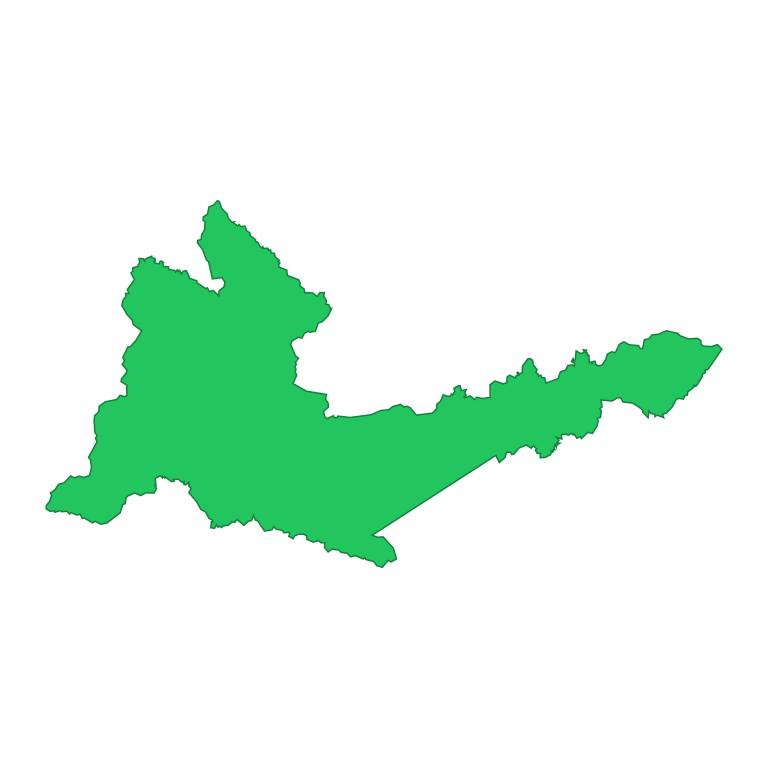 the district of Yolombó, Antioquia, Colombia
{"feature_id": "7082276B53118394931", "entity_name": "Yolombó", "entity_type": "district", "adm_level": 2, "iso_a3": "COL", "parent_name": "Colombia", "parent_adm1": "Antioquia", "projection": "natural_earth1", "projection_center": [-74.913, 6.668], "detail": "fine", "context": "isolated", "style": "filled", "palette": "green", "viewbox_px": 768, "rotation_deg": 0, "n_neighbors": 0, "source": "geoboundaries", "source_scale": "gbopen_adm2", "svg_char_len": 6094}
<svg xmlns="http://www.w3.org/2000/svg" viewBox="0 0 768 768"><path d="M396.5,559.0L393.3,548.1L383.1,536.9L377.5,537.2L372.1,535.3L495.9,455.3L499.3,462.5L504.9,457.6L506.5,452.4L510.7,452.3L511.8,454.6L514.1,454.0L518.8,448.1L526.3,445.1L531.2,448.2L533.5,445.9L536.8,449.0L535.3,450.0L537.2,453.3L540.4,453.6L540.2,457.8L545.6,457.4L550.7,454.4L551.1,452.1L552.8,452.1L553.5,450.9L552.1,450.3L555.0,449.7L553.8,448.0L555.2,444.7L556.4,447.4L556.9,444.9L559.8,443.2L556.8,442.9L559.0,440.2L556.6,437.4L561.8,439.0L561.3,434.9L565.9,433.9L568.4,435.4L570.6,433.3L573.2,434.9L573.8,433.7L576.9,438.3L580.5,436.5L581.3,438.6L587.9,432.4L592.5,433.4L596.8,426.5L598.2,421.3L597.4,418.3L600.5,417.4L601.4,410.8L599.6,409.0L602.1,407.0L601.1,400.0L612.2,401.0L617.5,397.7L620.7,397.7L623.0,402.0L632.3,403.0L637.1,405.8L642.9,410.2L642.7,412.1L648.1,417.7L649.0,411.1L650.9,413.5L654.9,414.3L655.0,416.6L657.2,415.2L663.7,417.6L662.5,414.3L666.5,413.1L672.5,406.6L676.1,399.5L678.8,398.3L683.4,399.1L684.6,395.9L687.3,395.0L687.9,391.8L693.8,387.2L694.0,385.3L695.6,386.3L697.4,384.6L702.2,376.7L702.5,373.9L705.2,372.8L705.2,369.9L707.8,369.7L721.9,349.2L717.5,344.6L711.4,346.6L703.3,346.1L701.1,344.5L701.0,340.7L697.5,338.3L688.4,338.9L679.9,335.7L677.7,333.3L666.3,330.8L658.8,334.2L651.8,335.0L649.1,338.6L644.4,339.7L642.7,348.6L640.0,348.4L638.6,345.6L629.2,344.8L623.9,341.8L619.3,344.3L615.4,352.6L611.6,351.8L607.3,354.2L605.8,359.4L601.8,365.4L597.8,365.8L595.7,364.2L595.2,361.3L592.9,361.5L592.1,363.6L591.1,362.0L589.3,362.6L588.9,355.3L587.4,355.5L587.6,353.4L586.0,352.3L586.7,350.2L583.3,349.9L584.4,352.2L581.1,353.6L576.1,350.9L575.3,359.5L573.9,361.1L573.1,358.6L571.4,361.5L574.6,363.3L574.2,366.1L572.6,364.9L567.8,365.5L565.8,370.0L560.4,371.8L558.0,378.7L546.0,383.1L544.7,377.8L541.7,377.6L540.8,375.1L538.4,376.3L538.2,374.2L535.9,372.5L537.0,369.4L533.3,364.9L532.6,360.3L530.1,358.5L527.7,359.0L522.4,366.2L522.3,372.7L519.2,373.7L517.7,372.2L517.0,373.4L518.5,375.2L516.0,375.9L515.3,377.8L509.5,375.2L507.0,377.2L506.9,382.6L503.5,383.9L495.0,381.0L490.0,384.7L490.2,397.5L482.0,398.5L476.6,397.2L474.6,399.6L470.4,396.0L464.8,397.7L464.0,396.7L466.2,395.3L464.7,392.9L466.2,389.6L461.2,390.6L460.3,385.9L458.6,385.7L453.9,388.3L454.9,391.2L452.9,394.7L451.3,394.0L450.4,396.0L448.2,396.4L443.2,394.8L440.5,401.3L436.9,404.1L436.6,408.6L432.4,413.1L416.4,415.1L410.6,408.1L407.3,406.3L403.8,406.9L400.5,404.4L392.5,406.6L388.8,409.8L381.3,410.4L370.9,414.8L350.1,417.5L337.8,416.1L336.9,417.8L334.1,417.4L333.4,415.7L327.0,418.8L324.7,416.4L323.4,411.4L328.4,407.2L328.3,403.5L325.5,399.0L326.4,394.5L306.5,391.2L293.0,383.6L296.6,375.5L295.2,371.4L296.0,369.2L294.9,367.0L296.3,364.4L295.4,362.5L298.5,358.1L295.5,356.0L290.7,344.5L291.7,341.2L298.2,337.3L301.9,338.1L304.4,333.4L308.4,331.2L310.0,332.3L315.4,331.2L318.2,323.1L322.4,321.6L328.2,315.7L331.6,308.2L330.4,308.3L328.6,304.6L325.8,304.3L326.5,300.8L323.7,296.0L324.4,292.6L319.8,292.6L317.3,296.5L312.5,292.9L304.8,292.7L304.1,289.0L299.7,285.6L300.2,283.0L298.6,279.8L287.3,275.4L286.8,270.1L279.2,267.1L278.6,265.0L279.9,262.9L278.1,261.6L279.3,260.5L275.4,257.1L274.2,253.2L271.1,252.9L270.6,249.9L268.6,250.4L267.8,248.2L263.3,248.5L262.9,246.8L262.1,247.9L260.0,246.4L257.9,242.4L255.3,241.3L255.6,239.7L250.5,235.9L249.8,232.7L246.7,231.0L245.0,226.1L240.9,226.6L239.0,224.5L237.8,225.9L233.5,223.0L234.3,221.9L231.8,222.3L228.0,217.7L227.3,214.1L221.7,208.5L219.3,201.5L217.3,200.7L213.7,205.0L208.9,207.0L207.5,214.2L203.2,216.9L203.1,220.4L205.1,221.9L204.5,230.1L201.7,234.6L201.1,239.5L197.8,240.4L197.4,242.7L202.8,249.9L206.3,259.8L208.6,261.8L212.4,278.9L222.0,277.6L225.0,282.4L224.0,286.8L219.0,291.0L218.7,295.7L213.1,290.4L209.6,291.7L207.2,287.8L205.9,288.7L197.3,283.0L196.7,280.8L189.9,278.5L186.4,270.6L183.1,271.2L181.2,274.0L180.1,271.1L178.4,271.6L178.8,270.1L177.0,270.0L175.5,272.1L174.6,270.5L168.8,269.4L168.4,266.8L163.5,266.5L162.6,263.2L163.5,262.7L162.0,261.3L160.2,261.1L159.0,263.9L154.9,263.0L153.9,261.6L155.3,261.0L154.9,258.4L151.9,257.8L151.7,256.2L145.3,258.9L144.6,261.1L143.1,258.7L139.0,258.5L139.6,262.5L137.5,266.5L132.8,267.8L132.9,270.8L131.0,273.0L134.5,279.7L127.3,289.5L129.0,293.5L125.6,293.4L125.8,297.0L123.4,299.2L121.8,305.4L127.1,314.6L132.2,320.1L133.3,324.7L141.7,330.8L135.8,340.7L129.8,347.2L127.9,346.9L122.8,357.5L124.4,361.1L122.2,364.5L126.9,370.1L126.4,372.7L121.5,378.9L121.1,381.6L126.7,385.1L126.9,395.4L124.7,396.7L120.1,395.3L116.8,399.5L105.2,401.8L99.1,406.3L98.9,411.7L94.6,415.7L94.1,421.0L95.0,432.8L97.2,435.6L95.4,438.3L97.1,441.7L88.5,457.3L90.4,459.7L91.5,467.4L89.6,475.5L83.8,477.4L78.9,476.1L74.6,477.9L70.6,475.9L64.4,482.7L58.7,484.3L54.5,490.3L50.4,492.9L51.6,495.4L49.6,501.4L46.4,505.3L46.1,508.7L49.9,511.3L54.7,510.8L54.9,512.3L60.2,510.5L61.5,511.7L67.0,511.3L69.4,514.0L71.4,512.7L76.8,515.0L80.1,514.3L82.3,518.4L84.3,518.0L92.6,522.9L95.0,521.3L100.9,524.2L107.0,522.9L120.1,512.9L122.9,504.4L125.2,503.7L126.1,497.4L128.2,495.8L134.8,493.0L140.6,495.6L145.7,492.9L154.1,493.0L156.5,488.6L154.9,485.6L156.0,485.8L155.2,478.4L160.2,475.8L162.2,477.9L162.5,476.5L164.8,478.0L165.1,476.8L171.3,481.6L174.2,481.1L173.4,479.5L178.4,479.2L182.0,482.3L184.1,481.5L183.7,484.1L185.5,484.9L188.9,482.2L188.7,485.9L191.2,488.3L188.9,492.7L196.6,501.7L200.8,509.4L205.6,512.1L209.0,518.5L212.2,519.9L213.0,521.8L211.4,521.8L210.8,527.8L214.5,528.3L216.3,524.8L218.0,527.2L219.9,526.3L221.7,527.6L222.6,526.1L228.5,525.1L232.0,522.0L235.0,522.2L237.0,519.5L243.9,525.4L248.5,521.2L251.5,520.6L253.4,515.3L255.4,520.1L257.6,520.7L264.6,531.1L272.0,529.8L274.0,526.6L276.1,529.2L281.9,530.2L284.0,532.8L288.7,532.3L289.7,533.4L288.8,536.4L293.1,538.6L294.6,536.0L298.3,534.3L303.5,534.1L306.4,535.7L307.0,539.5L313.4,542.1L318.8,540.7L320.9,542.8L324.8,542.8L324.5,547.4L328.1,552.0L331.8,549.2L338.6,549.9L341.1,552.4L347.0,553.2L350.7,556.9L355.6,555.6L363.1,559.0L364.9,557.8L365.7,559.5L373.7,561.5L376.8,565.7L382.4,567.3L388.1,560.4L391.0,561.9L396.5,559.0Z" fill="#22c55e" stroke="#15803d" stroke-width="1.5"/></svg>